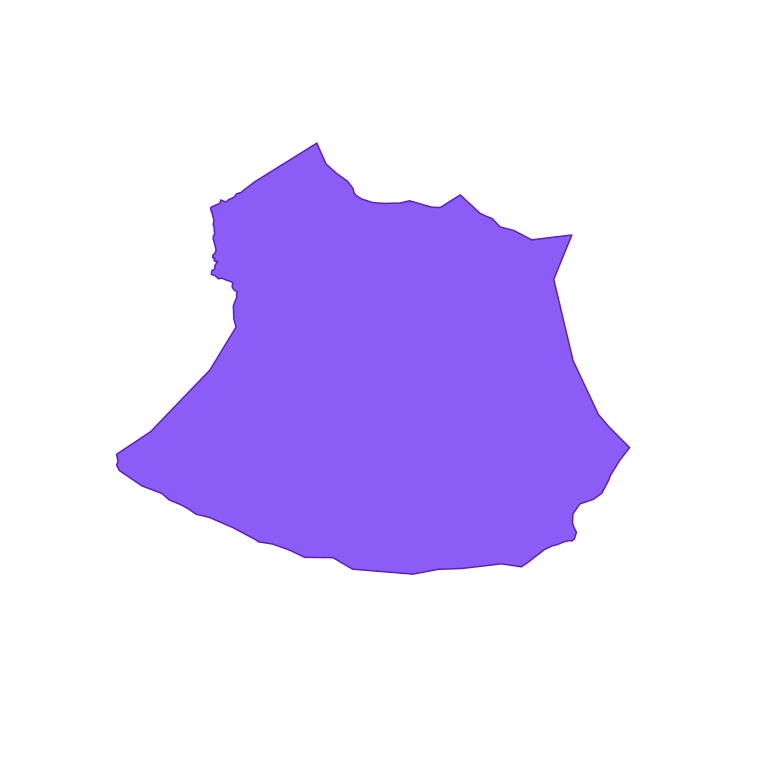 the district of Akwanga, Nassarawa, Nigeria, rotated 129°
{"feature_id": "59680162B44141715713069", "entity_name": "Akwanga", "entity_type": "district", "adm_level": 2, "iso_a3": "NGA", "parent_name": "Nigeria", "parent_adm1": "Nassarawa", "projection": "albers", "projection_center": [8.354, 9.0], "detail": "fine", "context": "isolated", "style": "filled", "palette": "violet", "viewbox_px": 768, "rotation_deg": 129, "n_neighbors": 0, "source": "geoboundaries", "source_scale": "gbopen_adm2", "svg_char_len": 2283}
<svg xmlns="http://www.w3.org/2000/svg" viewBox="0 0 768 768"><g transform="rotate(129 384 384)"><path d="M150.2,331.7L150.7,332.5L166.0,347.4L179.0,359.8L183.0,379.7L188.9,392.7L187.4,403.9L189.7,411.5L190.9,416.9L190.9,417.0L189.1,443.8L211.4,451.3L216.7,458.4L225.5,479.4L233.2,485.3L243.7,497.7L250.1,506.9L254.3,517.9L255.0,523.9L254.5,527.2L251.5,531.2L250.5,535.4L249.4,540.2L250.2,553.5L249.5,567.4L244.3,577.7L239.1,587.8L308.1,611.7L314.9,613.3L321.7,615.0L324.7,615.5L329.1,618.3L332.8,618.1L336.0,619.4L338.0,620.6L340.8,621.2L342.0,621.3L343.0,624.2L343.7,626.5L345.7,625.7L347.4,625.5L354.8,629.4L356.4,629.5L357.8,627.9L359.5,625.0L361.8,622.0L363.9,619.1L367.5,617.2L368.7,615.4L370.2,613.5L372.0,612.1L374.0,610.0L376.4,609.7L378.9,608.0L380.2,605.9L383.0,602.1L385.4,599.0L387.8,597.8L391.6,598.1L393.6,596.6L392.8,594.6L393.7,594.4L394.7,594.1L394.9,593.0L394.9,592.0L393.7,591.2L393.6,590.4L398.3,590.0L400.5,588.2L401.9,587.9L403.7,589.1L404.9,588.9L407.5,587.1L406.1,583.5L406.3,581.3L406.4,579.7L406.2,578.6L403.9,576.7L403.1,574.4L402.3,571.2L401.0,568.5L400.7,566.1L400.9,564.3L402.9,564.2L404.2,562.8L405.1,560.6L405.0,557.6L404.9,555.8L407.2,555.1L409.2,553.1L417.9,550.4L427.7,541.9L432.9,534.8L440.2,533.8L462.8,530.8L471.2,529.6L477.6,528.8L482.7,528.1L484.0,528.2L534.1,532.5L567.6,535.3L607.0,547.6L611.4,542.0L615.3,540.8L617.8,535.0L615.5,507.8L608.8,487.5L609.3,478.1L605.8,466.3L604.3,458.6L603.4,447.9L597.8,436.3L590.7,411.2L585.7,385.4L585.7,382.3L581.4,374.9L578.5,369.9L573.0,354.3L572.4,352.1L568.6,336.5L563.5,330.1L557.3,322.2L554.1,318.2L551.0,314.2L548.3,295.8L547.7,292.0L544.6,287.4L542.0,283.6L538.7,278.7L537.3,276.7L533.8,271.5L533.2,270.7L525.7,259.7L523.2,256.1L520.6,252.2L513.6,241.9L507.8,237.0L501.6,231.7L493.8,225.2L492.0,223.1L485.9,216.0L485.6,215.7L479.7,208.9L478.4,207.4L471.6,200.8L457.7,187.2L449.9,179.6L445.2,171.7L442.6,167.3L442.2,166.6L439.6,162.2L432.4,160.0L411.3,155.0L403.9,151.4L399.7,148.2L393.6,145.0L389.2,141.5L387.7,139.2L384.7,138.5L378.2,141.1L375.7,146.5L373.1,150.3L366.0,155.4L353.9,156.3L341.8,148.7L331.8,146.0L317.9,148.7L312.1,150.6L294.8,152.8L278.9,153.1L275.8,181.8L272.8,198.1L246.9,251.7L195.9,317.9L173.6,324.7L150.2,331.7Z" fill="#8b5cf6" stroke="#5b21b6" stroke-width="1.5"/></g></svg>